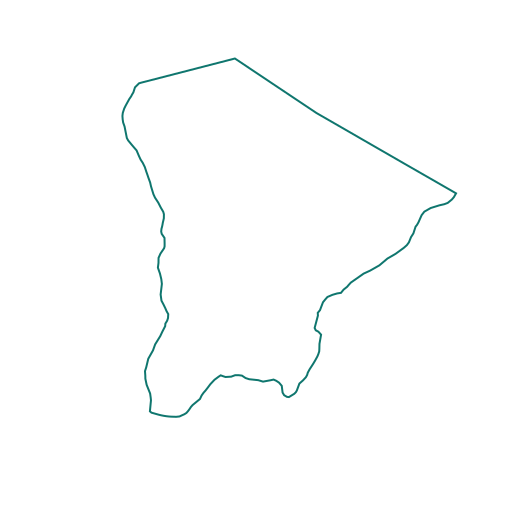 the district of Shompangkha, Geylegphug, Bhutan, rotated 198°
{"feature_id": "84629894B15779326704479", "entity_name": "Shompangkha", "entity_type": "district", "adm_level": 2, "iso_a3": "BTN", "parent_name": "Bhutan", "parent_adm1": "Geylegphug", "projection": "mercator", "projection_center": [90.287, 26.878], "detail": "fine", "context": "isolated", "style": "outline", "palette": "teal", "viewbox_px": 512, "rotation_deg": 198, "n_neighbors": 0, "source": "geoboundaries", "source_scale": "gbopen_adm2", "svg_char_len": 2401}
<svg xmlns="http://www.w3.org/2000/svg" viewBox="0 0 512 512"><g transform="rotate(198 256 256)"><path d="M308.9,75.5L307.0,74.7L304.5,74.8L302.0,74.9L299.4,75.0L296.9,75.2L294.4,75.5L291.9,75.9L289.4,76.4L287.0,77.0L284.6,77.7L282.2,78.4L279.1,79.8L277.2,81.6L275.3,83.3L273.7,85.2L272.7,87.5L271.9,89.9L271.2,92.4L270.2,94.7L267.4,99.1L265.1,102.7L264.6,106.6L263.6,109.8L262.5,112.3L261.3,115.6L259.8,120.0L257.2,125.5L254.3,129.6L252.7,131.6L250.2,131.5L247.6,131.5L242.3,133.6L239.0,136.2L235.6,137.3L232.4,137.9L228.2,136.7L224.4,136.7L215.5,138.6L210.5,138.7L204.0,142.2L201.1,143.9L198.3,143.6L195.0,142.7L191.4,140.5L188.5,134.3L186.2,132.3L183.0,131.6L181.1,132.0L177.0,136.8L176.0,138.8L175.6,140.7L175.3,148.1L172.9,152.2L171.1,156.1L170.6,158.7L170.7,161.0L170.0,164.8L168.9,168.9L168.2,171.6L167.4,175.2L166.6,179.4L166.4,181.9L166.4,184.8L167.0,187.1L168.5,192.1L169.8,201.3L173.3,203.3L176.2,203.8L178.0,205.7L178.7,218.5L179.7,221.0L178.4,224.3L178.3,226.7L178.0,232.7L176.7,236.1L175.4,239.1L171.3,242.7L167.2,245.5L163.8,247.2L162.3,251.1L159.8,254.9L159.0,256.9L157.6,260.0L148.2,272.5L143.0,277.3L135.8,285.2L130.2,294.2L124.0,301.1L117.9,309.5L115.9,312.9L114.8,316.2L114.4,321.9L113.3,326.1L113.3,333.2L112.5,335.3L111.9,338.2L111.1,346.0L109.6,350.2L104.7,355.6L97.2,360.9L93.0,363.4L90.1,365.7L87.2,370.2L86.0,373.1L85.1,377.4L90.7,378.6L143.1,389.6L242.8,410.7L337.1,437.3L418.7,385.4L420.6,384.1L423.2,379.0L423.2,373.7L423.8,371.1L424.1,369.2L425.0,366.2L426.4,358.9L426.9,355.5L426.9,350.9L426.3,347.9L425.0,344.7L423.6,341.9L422.3,340.2L421.0,338.5L415.3,328.3L413.3,326.4L408.9,323.6L405.0,321.2L402.2,319.5L398.2,314.9L395.5,312.0L392.5,309.6L389.2,306.2L386.3,302.2L384.3,299.6L382.6,297.3L379.4,293.2L377.5,290.0L376.4,288.4L372.6,283.0L370.1,280.3L365.4,276.5L361.5,272.6L357.9,269.4L356.5,267.3L355.3,263.4L355.1,261.4L354.9,258.8L354.6,256.8L354.4,254.9L354.3,252.6L353.7,249.9L352.5,247.9L348.6,244.9L346.8,239.7L345.9,236.9L345.8,235.0L347.6,228.8L348.1,224.1L346.6,219.3L345.7,214.6L341.9,209.6L338.9,204.7L336.9,200.4L334.8,189.9L332.1,184.3L329.1,181.4L326.1,178.3L324.1,176.0L321.5,173.6L320.5,169.8L320.5,167.0L321.3,163.7L320.7,161.2L321.7,155.0L322.3,150.2L324.6,140.8L324.8,134.4L326.7,125.0L326.0,116.1L326.0,112.2L324.3,108.0L323.3,105.1L320.2,99.7L314.2,92.5L312.4,88.8L311.3,86.3L308.9,75.5Z" fill="none" stroke="#0f766e" stroke-width="2"/></g></svg>